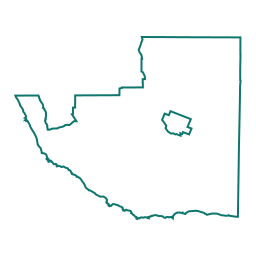 outline of Grant, South Australia, Australia
{"feature_id": "25037944B24842060506409", "entity_name": "Grant", "entity_type": "district", "adm_level": 2, "iso_a3": "AUS", "parent_name": "Australia", "parent_adm1": "South Australia", "projection": "robinson", "projection_center": [140.575, -37.836], "detail": "fine", "context": "isolated", "style": "outline", "palette": "teal", "viewbox_px": 256, "rotation_deg": 0, "n_neighbors": 0, "source": "geoboundaries", "source_scale": "gbopen_adm2", "svg_char_len": 5696}
<svg xmlns="http://www.w3.org/2000/svg" viewBox="0 0 256 256"><path d="M240.4,37.4L180.3,37.2L166.7,37.1L141.8,37.0L142.5,39.5L141.2,42.9L140.0,46.7L138.7,49.8L139.6,52.3L141.4,54.9L142.1,58.8L141.5,58.9L141.5,71.5L142.9,72.3L144.7,76.0L145.0,79.1L142.7,79.1L142.7,83.0L142.8,83.0L142.9,87.4L121.9,87.5L121.9,87.9L121.3,87.9L120.3,88.4L119.5,88.5L119.4,95.2L75.2,95.4L75.1,107.6L73.0,107.6L72.9,114.4L72.0,114.4L76.4,121.2L74.0,121.2L69.4,125.1L68.2,125.0L67.3,124.8L65.3,125.0L64.6,125.8L63.0,126.6L61.6,126.9L58.4,127.7L57.6,128.4L52.2,128.6L49.8,129.7L47.6,129.6L47.5,129.1L47.7,128.9L47.7,128.3L47.4,127.7L47.1,126.7L47.3,126.0L47.3,125.5L46.7,124.1L45.9,123.5L45.6,122.6L45.5,122.0L45.1,120.9L45.1,120.4L45.6,119.9L45.8,119.4L45.7,119.0L45.4,118.9L45.4,118.2L45.6,118.0L45.8,117.7L46.1,115.5L45.9,114.4L46.0,113.0L45.9,112.3L45.5,111.2L44.8,110.3L44.6,109.7L44.2,108.9L43.9,108.8L43.8,108.4L43.6,108.2L43.3,107.5L43.1,107.5L43.2,107.3L43.1,107.0L43.2,106.5L43.1,105.5L42.8,104.5L42.4,103.7L41.5,102.6L40.8,101.5L40.3,100.5L40.0,100.3L40.1,100.0L39.8,99.4L39.7,99.0L39.4,98.7L39.3,98.4L39.2,97.7L39.0,97.4L39.1,97.2L39.1,96.9L38.4,95.5L15.4,95.6L16.0,97.3L17.5,99.3L18.8,101.7L19.6,103.6L20.1,105.4L20.5,106.0L20.9,106.5L22.7,109.1L23.2,110.6L23.2,111.3L23.3,111.8L24.7,113.4L25.6,115.3L26.0,116.4L26.0,116.9L25.8,117.3L25.1,117.8L25.5,117.9L26.0,118.6L25.9,119.0L25.7,119.0L25.6,119.4L25.4,119.7L26.0,119.5L26.3,119.7L26.3,120.1L25.9,120.7L25.9,120.9L26.2,121.0L26.3,120.8L27.0,120.6L27.6,121.0L28.1,122.1L29.3,124.0L29.8,125.1L30.6,127.4L34.4,133.5L35.8,136.4L36.9,139.3L37.6,144.0L37.8,144.6L38.2,145.4L40.3,147.8L40.8,148.6L41.6,151.6L41.7,152.2L41.7,153.0L42.3,153.2L43.4,153.2L44.3,153.4L44.5,153.6L45.0,153.8L45.4,154.1L45.7,154.2L46.0,154.5L46.5,155.2L46.7,155.8L46.8,156.3L47.1,157.4L47.1,158.4L46.5,158.9L46.6,159.1L46.7,159.4L47.1,159.5L47.4,159.1L48.0,158.6L48.3,158.8L48.6,159.3L48.6,159.8L48.3,159.7L48.1,159.9L47.9,160.2L48.2,160.6L48.3,160.8L48.2,161.1L48.2,161.4L48.3,161.7L48.5,161.9L48.8,161.9L49.1,161.4L49.0,161.2L49.8,161.0L50.3,160.6L50.8,160.7L51.1,160.9L51.6,161.4L51.7,161.7L51.6,161.9L52.1,162.1L52.8,163.0L53.6,163.8L53.9,164.2L54.5,164.1L54.8,164.2L55.3,164.2L55.8,163.9L56.3,164.3L56.6,164.7L56.7,164.9L56.6,166.1L56.8,166.4L57.5,166.3L58.0,165.9L58.8,165.9L60.5,166.4L61.3,167.0L62.5,166.8L62.9,166.5L63.4,166.5L63.9,166.7L65.8,167.8L66.5,168.0L67.2,168.1L67.7,168.3L68.1,168.8L68.4,169.7L68.8,170.1L69.5,170.2L70.3,170.7L70.5,171.1L70.9,171.5L71.0,172.1L71.3,172.7L72.1,173.3L71.9,173.7L71.9,173.9L72.6,173.9L73.1,174.5L74.5,174.8L75.8,175.4L76.5,176.0L76.7,176.8L77.2,176.7L77.4,176.9L77.9,176.9L78.3,177.1L80.1,178.4L81.4,179.9L81.9,181.0L83.9,183.5L84.8,185.2L85.0,185.9L85.9,187.8L86.6,188.4L87.7,189.0L88.7,190.2L88.9,190.1L89.4,190.2L91.6,191.2L93.4,192.4L94.4,192.8L95.8,194.3L96.5,194.8L99.1,196.1L100.5,196.7L102.4,196.5L103.3,196.6L104.2,197.0L105.4,197.7L106.0,198.3L106.6,199.1L107.0,199.9L107.0,200.2L106.8,200.6L106.7,201.0L106.9,201.4L106.9,201.8L106.8,202.1L106.4,202.3L106.5,202.5L106.7,203.0L107.0,203.0L107.2,203.4L107.7,203.7L108.5,203.9L108.6,204.2L108.8,204.5L108.7,204.7L108.7,204.8L108.9,205.1L108.9,205.4L108.7,205.6L109.3,205.9L109.4,206.2L109.6,206.2L109.9,206.0L110.5,206.0L111.1,205.8L111.1,205.5L111.3,205.1L112.0,204.9L113.2,204.0L114.0,204.1L116.3,204.8L116.7,204.8L117.6,205.2L118.0,205.2L118.5,205.4L118.7,205.7L119.6,206.2L121.5,206.9L122.3,207.4L122.7,208.0L122.7,208.4L122.5,208.8L123.0,209.1L123.0,209.9L123.2,210.4L123.6,210.4L123.8,210.6L124.5,210.8L125.1,210.5L125.1,210.1L126.0,209.7L127.1,210.3L127.9,210.3L128.7,210.6L129.7,210.7L130.5,210.9L130.9,211.4L131.2,211.9L131.3,212.3L131.2,212.6L131.3,212.8L131.2,213.1L131.8,213.2L132.0,213.5L132.2,214.0L132.7,214.4L132.8,214.6L133.3,214.8L133.9,215.1L134.3,215.6L135.1,216.5L136.2,216.9L136.4,217.3L136.4,217.7L136.7,217.7L136.7,217.9L136.4,218.2L136.4,218.4L136.9,218.4L136.8,218.8L137.1,219.0L137.3,218.8L137.2,218.4L137.3,218.3L137.7,218.5L137.9,218.1L138.1,218.1L138.4,218.2L138.7,218.2L138.9,218.3L139.4,218.4L139.8,218.1L139.9,217.8L140.6,217.7L140.9,217.5L141.5,217.4L142.5,217.5L143.2,217.7L144.8,217.2L146.5,217.4L148.0,218.2L148.7,218.3L148.2,217.1L149.1,216.9L149.8,216.5L150.1,216.7L150.3,216.6L151.6,215.8L151.8,216.1L153.3,215.5L155.4,215.1L156.4,215.2L158.0,215.9L158.8,215.9L159.2,216.1L160.1,216.0L161.8,216.2L162.4,216.2L163.1,216.7L163.4,217.1L164.0,217.5L165.1,217.9L165.5,217.8L165.6,217.7L165.9,217.3L167.1,216.9L168.1,217.0L168.9,217.4L169.4,217.4L170.0,217.0L170.5,217.0L171.2,217.1L171.7,217.5L171.9,217.5L171.8,217.3L171.9,217.1L172.4,217.4L172.8,217.6L172.8,217.8L172.8,218.2L172.9,218.3L173.0,217.6L172.9,217.2L173.0,216.7L172.9,216.3L173.0,216.0L174.1,214.9L174.5,214.1L176.2,213.1L176.9,212.9L177.1,212.6L179.3,212.5L179.9,212.6L180.3,212.6L181.8,213.1L182.4,213.0L182.3,212.7L182.5,212.6L182.6,213.1L185.3,214.0L186.0,213.1L186.6,212.6L188.0,211.8L189.1,211.3L195.3,210.8L196.9,210.9L198.6,211.2L201.9,212.3L203.4,212.6L204.4,213.1L205.0,213.8L205.7,213.9L206.3,214.3L206.7,214.7L207.0,214.8L208.7,214.3L212.4,213.5L216.0,213.6L216.7,213.6L221.9,215.3L223.5,215.4L226.1,215.8L228.7,215.5L228.8,215.3L229.2,215.6L229.8,215.8L235.9,216.7L237.9,216.8L239.0,144.2L239.9,100.2L240.1,85.6L240.6,80.5L240.2,80.3L240.2,69.3L240.5,54.7L240.4,54.7L240.4,51.1L240.3,50.4L240.4,48.9L240.4,37.4ZM165.5,128.1L165.8,127.6L166.3,125.6L162.1,119.9L164.7,113.6L168.8,115.2L170.5,111.2L190.8,119.1L187.5,127.0L191.5,128.5L189.1,134.4L183.0,132.1L182.2,134.0L180.5,133.4L180.6,133.7L180.6,135.7L176.7,134.2L176.4,134.1L175.8,134.4L175.2,134.3L173.9,133.7L173.5,133.4L170.9,133.5L168.1,131.7L165.5,128.1Z" fill="none" stroke="#0f766e" stroke-width="2"/></svg>